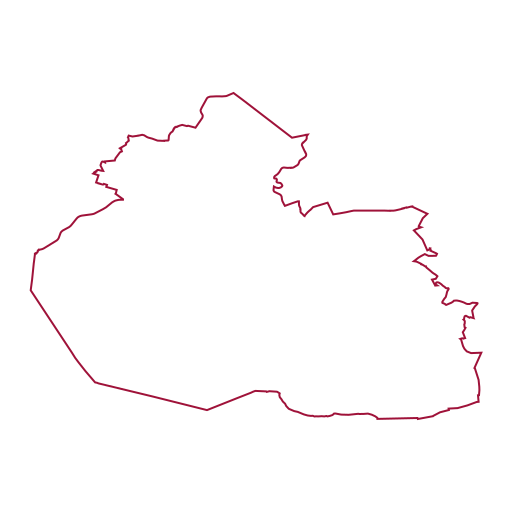 the district of Boxtel, Noord-Brabant, Netherlands
{"feature_id": "6326949B40744758531983", "entity_name": "Boxtel", "entity_type": "district", "adm_level": 2, "iso_a3": "NLD", "parent_name": "Netherlands", "parent_adm1": "Noord-Brabant", "projection": "robinson", "projection_center": [5.329, 51.589], "detail": "fine", "context": "isolated", "style": "outline", "palette": "rose", "viewbox_px": 512, "rotation_deg": 0, "n_neighbors": 0, "source": "geoboundaries", "source_scale": "gbopen_adm2", "svg_char_len": 5936}
<svg xmlns="http://www.w3.org/2000/svg" viewBox="0 0 512 512"><path d="M478.6,401.8L478.0,395.3L479.0,395.2L479.4,390.1L479.3,386.8L478.6,379.9L474.8,368.0L474.5,367.9L481.3,352.7L471.1,353.1L466.8,351.4L464.6,349.0L464.1,348.2L463.0,346.0L461.1,339.5L460.3,338.9L462.1,338.3L462.5,338.3L463.6,338.6L463.8,338.4L465.1,338.1L462.8,332.2L464.1,330.3L465.5,327.8L464.7,327.3L464.6,327.1L464.3,324.7L464.3,324.3L464.5,324.1L464.7,323.6L464.8,321.5L464.5,320.5L463.5,319.6L464.0,319.3L464.3,317.4L464.7,316.3L465.4,315.9L466.0,315.8L469.5,317.7L470.2,317.2L473.6,318.1L473.3,317.4L473.4,317.2L473.3,316.5L472.2,310.9L472.2,310.4L474.8,306.5L476.8,304.5L477.2,304.0L477.5,303.6L477.5,303.2L477.1,303.0L472.5,302.7L469.6,304.0L467.5,304.0L466.3,303.7L463.9,302.5L461.7,301.7L459.4,301.0L456.8,300.5L456.1,300.5L453.9,300.7L452.8,301.8L451.4,302.7L446.2,304.9L445.6,304.7L445.0,304.0L444.4,303.7L442.6,303.0L442.4,302.9L442.3,302.5L442.4,301.7L444.2,298.9L445.7,297.1L445.9,296.5L446.5,294.4L447.0,292.1L447.5,290.9L448.6,289.2L448.6,288.6L448.3,288.2L446.5,288.3L445.6,287.9L444.9,287.1L442.7,285.6L441.5,284.4L440.4,283.6L439.2,282.8L437.8,282.3L437.0,282.3L436.4,282.5L436.0,283.0L435.8,283.6L435.7,284.3L435.8,284.7L436.1,285.1L436.9,285.2L437.2,285.4L436.2,285.5L435.5,285.3L435.2,285.5L432.0,279.6L435.8,278.8L437.4,276.2L437.2,276.0L435.5,274.6L433.4,273.3L432.3,272.5L429.8,270.3L426.5,267.6L426.0,266.6L425.8,266.8L422.9,264.9L421.2,264.3L421.3,263.9L417.6,262.1L416.4,261.6L413.9,261.2L418.4,257.7L421.2,256.0L424.8,254.1L428.6,255.9L435.5,255.8L436.1,255.7L437.0,253.8L436.2,253.3L430.9,250.9L431.1,250.7L430.1,248.9L430.3,248.4L429.7,248.3L429.4,249.5L427.3,250.4L422.5,239.5L413.9,230.4L416.3,229.1L421.1,227.3L418.9,226.6L418.7,226.3L418.8,226.0L422.8,218.2L427.4,213.8L412.7,206.9L412.5,206.4L411.5,206.7L411.3,206.5L406.7,207.7L406.5,207.4L403.0,208.3L403.2,208.5L400.2,209.3L395.4,210.4L393.2,210.7L390.1,210.7L390.1,210.8L384.5,210.6L373.4,210.6L353.8,210.6L351.2,211.1L346.2,212.2L340.1,213.3L333.2,214.4L327.6,202.7L313.1,207.1L310.3,210.0L310.0,210.1L307.5,212.4L305.4,214.8L304.8,215.6L304.6,216.1L304.2,215.9L302.3,213.8L301.2,212.9L300.8,212.5L300.5,211.6L300.5,210.2L300.3,209.6L300.5,209.4L300.5,209.1L300.4,209.0L300.2,207.9L299.4,206.3L299.0,205.0L298.9,201.3L297.9,201.3L292.2,203.2L285.1,205.8L285.0,205.6L284.8,205.7L284.1,204.5L282.4,201.1L282.0,199.6L281.6,196.6L281.0,195.4L280.4,194.8L279.5,194.2L274.8,192.0L274.1,191.5L273.7,190.8L273.5,190.1L273.9,186.5L275.9,187.6L278.0,188.0L279.1,188.0L280.8,187.4L282.0,186.4L282.3,185.8L282.3,185.4L281.5,184.0L280.5,183.0L277.7,182.6L277.1,182.4L276.6,181.9L276.5,181.5L276.9,179.9L276.8,179.3L276.2,178.6L274.7,178.5L274.3,178.4L274.1,178.0L274.2,177.0L274.8,176.1L277.5,174.2L278.9,172.6L279.6,171.6L281.2,168.9L282.0,168.1L282.9,167.7L283.9,167.5L287.5,167.9L291.1,167.7L291.1,167.9L292.8,167.7L293.8,167.3L297.1,165.3L297.9,164.7L298.6,163.6L299.5,161.1L300.1,160.3L304.6,157.4L305.5,156.5L305.8,156.2L306.1,155.4L306.2,154.7L306.1,153.9L305.3,152.2L305.2,152.3L304.5,150.9L302.1,145.7L301.9,145.2L301.9,144.5L302.1,143.8L302.5,143.1L302.8,142.8L302.9,143.0L306.1,139.8L306.4,139.2L306.7,138.5L306.7,136.7L306.8,136.1L307.1,135.6L307.8,134.6L305.3,134.9L305.1,135.1L292.0,137.7L242.1,99.4L233.5,93.0L227.0,95.8L226.0,96.1L222.3,96.4L216.8,96.3L210.7,96.6L209.8,96.7L207.9,97.4L207.1,98.1L206.7,98.7L201.8,107.5L200.7,109.9L200.6,110.8L201.1,112.5L202.4,114.7L202.7,115.4L202.7,116.2L202.5,117.3L202.2,118.0L195.5,127.7L188.0,125.7L187.5,126.0L186.9,126.1L182.2,124.9L179.7,125.6L176.8,126.7L176.9,126.9L174.8,127.5L174.4,128.2L174.4,127.9L173.9,128.4L172.5,131.5L171.3,132.3L170.4,133.2L169.1,135.3L168.9,136.1L168.6,140.0L168.1,140.5L167.4,140.5L164.0,140.7L164.0,140.9L157.5,140.6L152.1,138.6L148.3,137.6L146.9,137.0L144.2,135.3L142.2,134.8L139.1,135.5L138.3,135.5L138.2,135.7L132.5,136.5L128.7,135.6L128.0,137.2L128.2,137.3L128.8,140.7L128.2,141.1L126.9,142.4L126.0,143.1L126.1,143.3L126.1,144.4L125.9,144.8L120.0,148.2L120.7,148.7L120.5,148.8L121.1,149.2L121.4,149.9L121.9,151.4L120.1,152.2L119.8,152.5L115.4,158.4L114.8,160.5L105.0,161.4L105.1,162.5L102.9,161.5L102.2,161.6L101.6,162.3L101.2,163.2L100.5,165.2L100.7,165.9L103.2,170.9L101.3,170.7L98.5,170.0L97.4,170.0L97.1,170.4L94.9,171.9L95.5,172.1L94.8,172.5L93.3,173.6L98.5,175.3L96.1,182.5L99.3,183.5L99.2,183.6L102.5,184.5L103.3,184.5L103.8,184.1L103.9,183.9L107.0,184.9L106.3,186.9L116.7,189.9L116.0,192.8L115.7,193.5L115.5,193.8L116.0,194.1L123.0,199.2L123.0,199.7L119.1,199.8L117.9,200.0L115.4,200.6L114.3,201.1L112.2,202.3L106.1,207.3L102.9,209.2L94.4,213.6L93.2,214.0L91.7,214.3L81.9,215.6L80.3,216.0L78.6,216.8L77.6,217.5L76.4,218.8L71.9,224.4L70.6,225.9L69.1,227.1L62.8,230.5L61.5,231.6L60.8,232.5L60.4,233.4L58.9,237.5L58.5,238.4L57.9,239.3L56.8,240.4L43.6,248.5L42.2,249.1L41.4,249.3L40.1,249.6L38.9,249.6L38.8,250.2L38.5,250.3L38.1,250.3L37.8,250.5L37.7,251.1L37.8,251.6L37.4,252.3L36.6,252.7L36.5,253.4L36.1,253.7L35.9,253.7L35.6,253.2L34.9,253.6L34.9,254.6L33.9,262.4L33.8,262.9L32.1,279.6L30.7,290.3L72.0,352.8L75.2,357.9L78.5,362.3L85.5,371.2L95.1,382.4L97.1,382.8L98.5,383.4L153.1,396.6L207.0,410.1L237.2,398.1L251.0,392.7L253.1,391.7L255.3,390.9L266.2,391.4L266.7,391.9L269.4,391.2L276.8,391.7L277.2,391.8L279.7,393.4L279.3,395.0L279.8,397.2L281.5,399.3L282.3,400.7L282.9,401.6L285.1,403.7L286.2,406.0L288.6,408.6L289.0,408.9L294.2,411.1L297.8,411.9L303.8,414.4L307.7,415.5L310.9,415.9L312.8,415.8L314.0,416.3L314.7,416.5L315.7,416.3L318.2,416.4L321.6,416.2L324.4,416.4L326.4,416.0L327.3,416.4L328.5,416.2L329.9,415.9L332.3,415.1L333.5,414.2L333.8,413.7L334.5,413.5L335.4,413.5L341.2,414.6L348.7,414.8L358.2,413.8L359.4,414.0L364.0,413.9L367.9,413.6L371.8,414.7L375.2,416.3L377.3,417.8L377.4,418.9L417.5,418.0L417.8,419.0L433.0,416.2L433.2,415.9L440.0,412.3L448.9,410.0L448.6,408.6L457.6,408.1L467.4,405.4L476.6,402.0L478.6,401.8Z" fill="none" stroke="#9f1239" stroke-width="2"/></svg>